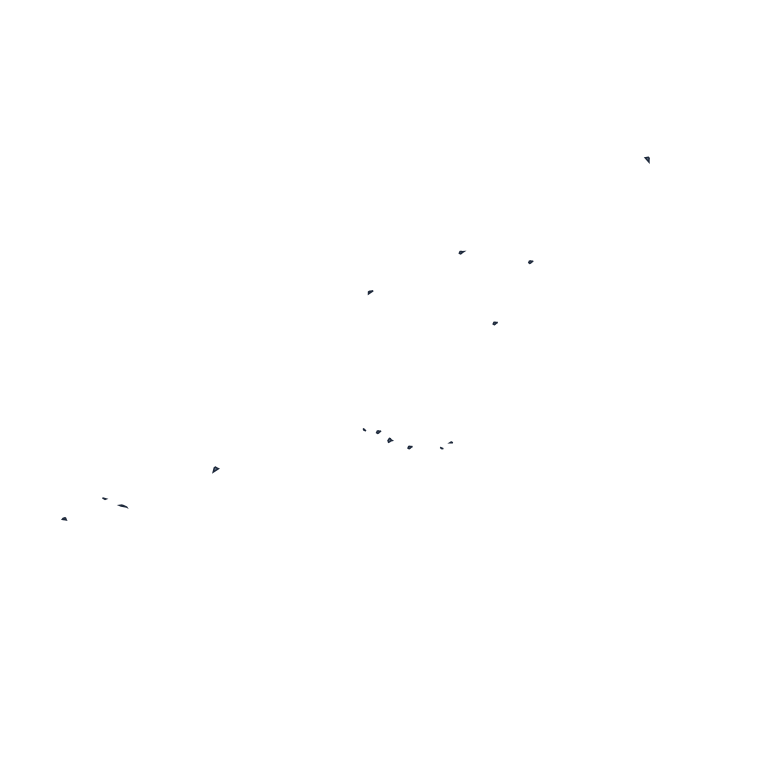 Kaafu, Natural Earth projection, rotated 58°
{"feature_id": "MDV-5230", "entity_name": "Kaafu", "entity_type": "Atoll", "adm_level": 1, "iso_a3": "MDV", "parent_name": "Maldives", "parent_adm1": "", "projection": "natural_earth1", "projection_center": [73.522, 4.408], "detail": "fine", "context": "isolated", "style": "filled", "palette": "slate", "viewbox_px": 768, "rotation_deg": 58, "n_neighbors": 0, "source": "natural_earth", "source_scale": "10m", "svg_char_len": 1522}
<svg xmlns="http://www.w3.org/2000/svg" viewBox="0 0 768 768"><g transform="rotate(58 384 384)"><path d="M368.1,569.3L368.2,575.5L366.3,573.5L365.2,572.4L365.1,571.0L366.6,570.3L368.1,569.3ZM336.2,41.7L330.6,42.6L331.8,39.7L333.0,39.5L334.4,40.6L336.2,41.7ZM436.3,407.0L435.8,408.5L436.0,410.0L435.8,411.0L435.1,410.8L434.1,410.6L433.0,408.2L433.7,407.6L435.0,407.6L436.3,407.0ZM299.2,343.8L299.4,349.4L297.7,348.3L297.7,347.2L298.4,345.8L299.2,343.8ZM314.0,246.2L314.0,246.3L314.0,247.9L314.3,249.2L314.2,250.2L313.0,250.8L312.0,249.3L312.4,248.4L313.3,247.5L314.0,246.2ZM422.4,411.5L422.3,413.2L422.7,414.5L422.6,415.5L421.4,416.1L420.4,414.6L420.7,413.7L421.6,412.9L422.4,411.5ZM358.9,192.4L358.8,194.1L359.1,195.5L359.0,196.5L357.8,196.9L357.6,196.6L356.9,195.6L357.2,194.6L358.1,193.8L358.9,192.4ZM392.0,255.0L391.9,256.7L392.2,258.1L392.2,259.0L391.0,259.6L390.6,259.0L390.0,258.1L390.4,257.2L391.2,256.4L392.0,255.0ZM452.1,393.0L452.0,394.7L452.3,396.1L452.2,397.0L451.1,397.6L450.1,396.2L450.4,395.3L451.3,394.4L452.1,393.0ZM330.9,725.5L329.9,726.6L328.9,727.9L328.3,728.5L327.9,727.3L328.4,725.4L329.2,725.1L330.1,725.4L330.9,725.5ZM352.0,667.5L351.9,667.5L348.1,671.7L346.8,672.6L347.7,670.6L348.9,669.5L352.0,667.5ZM414.2,424.2L412.4,425.5L410.8,425.2L410.7,425.2L414.2,424.2ZM334.2,680.6L334.0,681.7L331.6,683.0L331.4,683.1L334.2,680.6ZM470.3,356.8L468.8,359.2L468.8,357.7L470.3,356.8ZM470.3,368.0L469.3,369.4L467.6,369.9L467.5,370.0L470.3,368.0Z" fill="#64748b" stroke="#1e293b" stroke-width="1.5"/></g></svg>